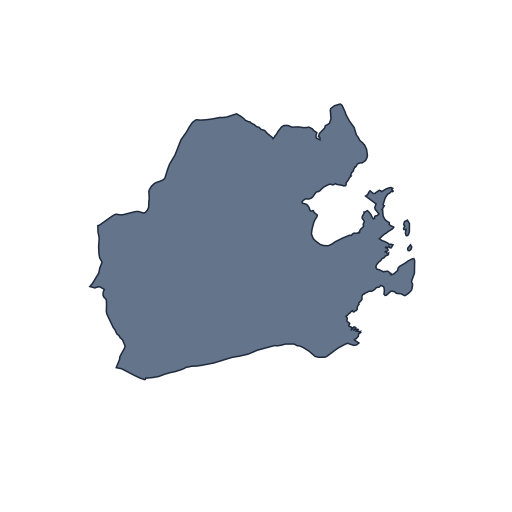 Mtwara, Mtwara, United Republic of Tanzania, rotated 36°
{"feature_id": "72390352B92435052932896", "entity_name": "Mtwara", "entity_type": "district", "adm_level": 2, "iso_a3": "TZA", "parent_name": "United Republic of Tanzania", "parent_adm1": "Mtwara", "projection": "equal_earth", "projection_center": [40.045, -10.477], "detail": "fine", "context": "isolated", "style": "filled", "palette": "slate", "viewbox_px": 512, "rotation_deg": 36, "n_neighbors": 0, "source": "geoboundaries", "source_scale": "gbopen_adm2", "svg_char_len": 6161}
<svg xmlns="http://www.w3.org/2000/svg" viewBox="0 0 512 512"><g transform="rotate(36 256 256)"><path d="M110.2,324.4L113.9,329.3L117.5,332.6L119.0,334.3L123.2,341.0L128.1,347.0L130.8,349.5L134.0,350.9L135.2,351.8L136.6,357.4L138.8,362.2L139.8,374.4L139.5,378.4L144.5,376.5L145.3,375.1L147.5,372.8L152.8,372.2L153.8,375.4L155.2,377.5L156.8,378.6L160.0,379.2L160.9,379.7L163.6,383.1L167.7,389.1L169.6,390.7L182.4,397.7L185.2,398.6L189.2,400.8L192.1,401.0L193.9,401.9L197.3,402.3L203.0,405.8L203.9,408.1L204.8,416.1L205.3,418.2L206.3,419.5L206.6,420.6L208.5,428.5L213.6,426.2L228.4,424.0L233.6,423.0L238.4,421.6L239.0,420.9L238.6,419.3L239.4,419.0L243.7,415.2L248.1,410.7L251.5,405.5L255.2,400.7L258.6,397.0L262.3,391.9L264.0,389.2L265.0,386.9L266.7,385.4L268.4,383.3L273.0,379.6L276.2,376.5L284.7,367.4L296.1,352.2L301.6,346.6L306.4,341.1L307.7,339.4L312.5,331.4L323.5,317.7L326.1,316.1L328.9,313.3L331.4,310.1L338.0,305.2L339.7,304.5L341.2,304.6L342.6,304.1L344.1,303.1L348.1,302.3L354.6,301.8L362.8,302.5L366.1,301.2L371.2,297.4L372.3,295.7L375.5,285.2L377.0,281.1L380.2,274.6L381.4,272.9L381.0,272.9L387.8,270.8L389.6,268.8L390.4,265.9L384.9,266.1L385.0,264.9L385.6,264.2L386.0,260.9L384.8,258.5L385.7,256.4L385.0,256.3L384.9,255.5L383.8,256.5L381.7,257.7L382.0,256.5L382.0,255.4L381.5,255.3L378.9,258.3L378.6,257.4L379.2,256.2L379.2,255.5L377.8,255.3L377.0,255.7L376.4,257.1L376.9,258.4L376.8,259.4L376.5,259.7L376.0,258.2L375.6,257.8L374.9,257.5L372.9,258.1L371.7,257.6L371.8,257.0L371.5,255.5L370.2,255.3L368.4,255.5L367.6,255.0L366.6,253.0L365.8,252.3L364.4,252.0L364.2,251.4L364.8,250.3L364.9,248.1L365.4,247.5L365.5,245.7L365.9,244.1L366.2,243.5L367.2,244.0L368.1,243.8L368.5,241.7L369.1,241.4L369.2,240.6L369.2,239.7L367.7,237.2L367.6,235.0L367.8,234.7L366.8,233.8L367.3,229.7L367.1,228.4L366.7,228.3L365.3,226.1L365.1,224.4L365.3,223.7L365.9,223.3L365.9,222.5L368.2,218.0L370.3,216.5L370.8,215.6L371.7,213.3L372.0,210.8L374.1,208.5L374.2,206.5L377.2,205.8L378.5,206.7L380.2,208.6L382.0,211.7L383.5,212.1L384.6,211.0L385.8,205.4L386.5,204.5L387.7,204.2L388.3,203.7L390.2,203.5L391.4,203.8L395.6,201.3L399.3,200.8L400.1,200.1L401.2,196.9L401.8,193.7L401.8,192.2L401.4,190.7L399.7,187.4L398.8,186.4L397.1,185.6L396.6,184.7L394.3,176.8L387.0,166.4L385.2,165.3L384.2,166.3L381.9,170.7L380.7,174.5L378.2,180.0L378.1,182.2L379.1,184.6L378.0,189.5L376.4,191.8L375.5,190.8L374.9,191.3L374.6,191.0L371.9,190.8L371.0,191.2L370.4,192.0L369.0,193.0L368.6,193.8L363.7,194.7L361.6,195.6L359.9,194.9L359.6,194.2L359.1,194.0L358.7,192.0L358.8,189.0L359.6,186.5L359.5,184.1L360.7,181.8L360.7,179.9L362.2,177.6L362.1,176.7L361.5,175.6L361.2,176.5L358.0,176.7L358.3,175.7L359.1,175.3L359.6,173.9L358.7,173.0L356.9,172.7L355.9,173.1L355.9,172.2L357.0,172.1L357.7,171.5L357.8,170.1L359.8,170.6L360.6,169.9L360.2,166.4L358.2,167.2L357.2,168.1L354.2,168.2L350.9,168.8L349.2,169.4L345.6,169.6L347.1,162.5L347.8,161.4L348.5,158.7L350.5,153.8L350.5,151.7L346.9,152.3L345.1,152.2L344.7,151.2L344.1,150.6L341.2,150.9L338.7,150.6L335.3,148.9L331.1,144.0L330.6,144.3L330.3,139.9L329.0,140.1L328.6,139.6L326.5,133.4L326.1,128.7L327.1,126.8L327.6,124.0L328.7,123.7L328.9,122.9L326.6,122.2L326.8,120.9L324.8,121.3L322.9,123.6L321.7,125.5L319.8,130.1L318.7,129.9L317.1,130.3L315.6,134.5L315.7,135.3L314.1,136.5L309.9,136.2L309.8,138.2L310.3,140.6L309.4,143.1L322.5,143.3L323.6,147.0L325.0,148.2L330.7,149.7L330.3,152.0L328.9,153.6L329.0,154.7L329.7,155.7L329.6,156.6L328.5,156.9L325.8,155.7L325.1,155.1L321.4,154.0L319.4,153.8L318.2,156.6L317.5,157.0L318.4,158.1L318.5,160.7L319.0,162.1L319.9,163.2L322.9,164.0L323.6,165.1L324.0,167.2L324.6,168.0L325.4,168.4L325.6,169.3L324.9,172.9L325.0,174.2L325.9,176.1L325.8,176.7L325.1,176.5L324.6,178.0L321.7,180.1L321.2,181.1L321.0,183.2L319.5,184.2L315.7,190.3L311.7,197.9L310.8,200.7L309.6,203.3L308.3,205.4L304.3,207.9L301.2,208.9L295.1,208.8L292.2,208.3L290.2,207.1L287.8,205.5L285.4,201.0L283.1,195.0L282.4,191.9L282.3,189.1L282.0,187.6L281.5,186.8L278.2,186.7L276.8,186.4L276.0,185.7L275.4,185.7L274.7,186.8L273.4,187.6L270.4,185.6L267.9,184.6L266.2,184.6L262.3,186.0L261.5,185.3L261.4,183.8L262.4,180.7L265.2,178.9L266.7,176.8L267.2,174.7L267.1,171.0L267.2,169.1L268.0,167.6L268.8,167.1L269.3,165.8L270.0,161.5L270.4,160.1L272.2,156.5L273.4,154.6L274.4,153.9L276.1,153.5L276.9,152.6L277.8,150.6L279.1,150.7L284.1,148.2L285.8,147.7L287.2,146.4L286.9,145.2L285.9,144.0L286.0,140.3L285.6,137.3L286.0,135.2L285.1,135.1L284.4,132.3L284.8,130.6L284.1,128.2L283.7,125.8L284.2,125.6L284.2,124.3L283.9,122.0L285.5,119.5L287.1,118.4L288.3,115.2L288.5,113.9L288.1,111.6L287.1,109.2L282.8,104.7L278.2,102.2L277.8,102.4L276.0,101.8L272.1,101.5L269.1,100.0L266.1,99.1L259.8,94.3L252.0,91.8L245.4,88.6L243.8,87.3L238.0,84.0L236.6,83.5L234.8,83.5L231.2,88.2L229.8,92.8L230.5,94.5L236.0,100.9L237.4,105.5L236.4,108.2L235.5,109.7L236.3,112.1L235.3,119.7L236.3,122.7L238.2,122.7L239.5,124.4L235.7,125.1L234.0,123.9L232.7,120.4L229.1,120.6L226.8,120.0L222.9,120.7L221.5,122.3L219.0,124.2L214.3,126.7L209.4,130.6L205.5,131.5L203.6,132.6L201.7,134.3L200.8,136.6L200.6,142.2L201.0,145.5L200.8,147.6L201.0,149.0L200.7,151.0L200.2,150.6L191.9,150.1L190.4,149.5L189.0,149.4L185.7,150.6L182.8,150.1L180.9,150.9L179.8,151.0L177.6,150.7L173.8,151.3L172.5,151.0L170.8,151.8L167.4,152.5L165.6,152.0L161.5,151.9L156.7,152.4L150.4,161.1L147.1,164.0L145.6,164.9L139.8,171.1L135.0,175.6L131.1,178.8L127.9,180.6L127.3,181.5L126.2,184.7L126.1,186.1L126.2,190.7L126.9,196.7L127.0,206.2L131.1,221.8L132.1,232.6L133.3,237.0L136.5,246.6L136.4,247.8L136.1,248.9L134.6,251.7L132.6,254.4L131.2,256.9L130.4,261.1L130.7,264.7L131.2,266.5L136.0,272.5L136.9,274.3L140.5,279.7L141.1,282.5L141.0,285.4L140.3,286.8L139.6,287.4L134.8,289.1L133.5,289.9L131.6,291.8L124.2,300.7L122.5,302.2L118.1,304.5L116.9,306.6L115.8,309.4L111.4,322.5L110.8,323.8L110.2,324.4ZM365.9,146.3L361.1,139.6L357.4,138.0L355.9,140.9L357.1,143.9L358.7,144.2L359.3,147.2L360.3,147.7L361.7,146.3L363.4,149.7L365.4,151.2L366.2,151.0L366.8,149.3L365.9,146.3ZM377.1,161.4L377.5,159.4L376.8,157.3L374.4,156.1L374.1,160.5L374.7,161.4L376.0,162.2L377.1,161.4Z" fill="#64748b" stroke="#1e293b" stroke-width="1.5"/></g></svg>